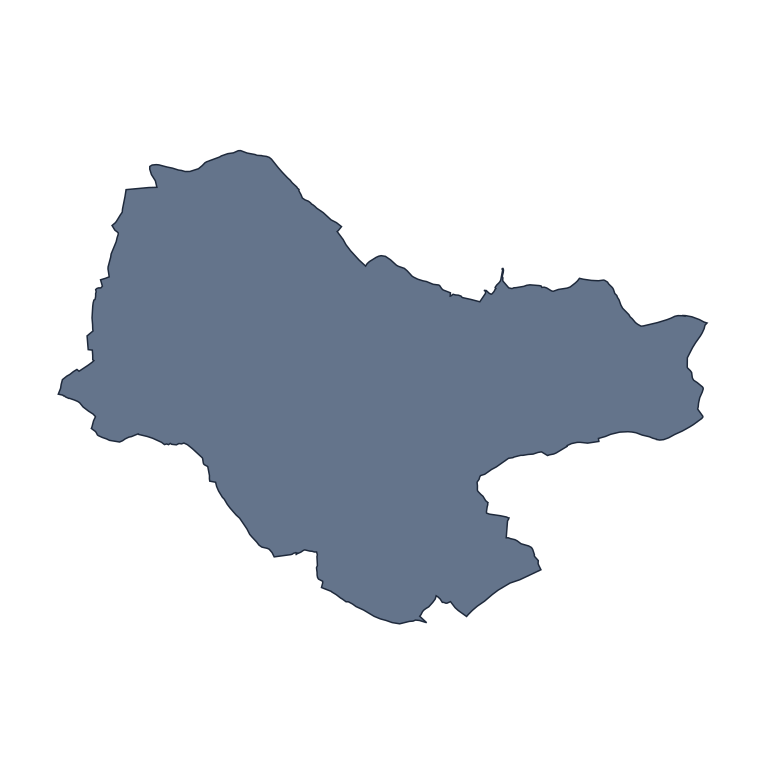 the district of Frata, Cluj, Romania, rotated 177°
{"feature_id": "2599482B89853314027288", "entity_name": "Frata", "entity_type": "district", "adm_level": 2, "iso_a3": "ROU", "parent_name": "Romania", "parent_adm1": "Cluj", "projection": "orthographic", "projection_center": [24.028, 46.701], "detail": "fine", "context": "isolated", "style": "filled", "palette": "slate", "viewbox_px": 768, "rotation_deg": 177, "n_neighbors": 0, "source": "geoboundaries", "source_scale": "gbopen_adm2", "svg_char_len": 6116}
<svg xmlns="http://www.w3.org/2000/svg" viewBox="0 0 768 768"><g transform="rotate(177 384 384)"><path d="M631.4,591.6L632.8,584.9L636.0,572.3L636.4,569.3L638.4,566.7L642.8,560.3L644.0,559.0L647.3,556.5L644.7,551.7L642.3,549.7L641.6,549.0L641.5,548.5L641.7,547.0L642.8,544.3L644.0,540.1L649.7,528.1L650.3,525.0L653.4,515.4L653.6,513.3L652.8,505.4L656.7,504.1L661.6,502.9L660.1,496.4L661.7,494.8L664.2,494.9L665.8,494.4L667.0,493.4L666.6,491.0L667.2,489.6L667.4,486.5L667.8,484.8L668.2,483.5L669.3,483.0L670.2,480.2L670.8,476.9L672.1,465.3L671.9,458.5L672.0,454.1L671.8,452.2L678.0,447.6L677.6,433.8L673.5,433.1L673.4,427.9L673.6,423.5L672.5,422.5L674.2,421.1L678.4,418.3L687.9,412.7L689.9,414.6L693.6,412.6L697.2,410.0L700.3,408.5L704.9,405.2L706.4,400.5L707.2,396.6L709.8,390.9L705.4,389.7L704.5,388.8L703.7,388.8L702.8,387.8L699.5,386.1L699.0,386.2L694.0,384.2L690.6,382.5L688.9,381.2L685.7,376.8L680.3,372.2L676.2,369.3L673.9,366.6L673.9,366.3L676.0,362.4L678.0,356.1L678.6,354.9L674.8,351.8L674.0,350.7L672.9,348.2L672.0,347.4L668.2,345.4L664.0,343.7L661.1,342.1L651.1,339.9L648.1,341.0L645.2,342.8L641.5,344.3L638.9,344.7L632.1,347.1L631.7,346.5L623.2,344.0L617.8,341.9L609.2,337.4L606.4,335.0L604.2,335.5L602.3,334.7L600.6,335.9L599.2,334.9L594.5,334.1L591.9,335.3L589.3,334.8L586.9,335.5L583.5,333.7L578.8,329.5L569.3,319.8L569.0,318.8L568.6,314.7L568.3,313.6L567.5,312.7L564.8,311.1L564.3,310.6L563.1,301.8L563.3,298.4L563.1,296.1L557.3,294.7L556.5,290.4L554.8,285.8L551.3,279.3L549.6,277.4L546.8,272.0L544.0,267.9L538.5,260.9L535.2,257.6L528.5,246.5L526.0,240.9L524.1,238.4L519.4,232.8L517.3,229.7L514.5,227.5L509.2,226.0L507.3,225.0L504.6,221.5L502.7,217.1L485.9,218.5L484.4,218.9L483.4,219.6L480.8,220.3L480.2,219.8L479.5,219.7L480.7,218.7L480.6,218.4L479.5,219.1L475.9,220.4L473.3,222.0L471.9,222.5L466.7,221.0L464.5,220.7L462.4,219.9L460.1,219.8L459.5,216.9L460.0,215.1L460.0,206.1L461.0,204.2L461.0,203.4L460.7,199.4L460.8,196.7L460.5,194.3L459.6,192.6L455.6,190.2L455.6,188.6L457.1,184.0L447.6,179.7L447.1,179.1L442.8,176.2L438.5,172.5L436.7,171.3L433.3,168.5L431.0,168.4L426.9,165.9L423.6,163.2L416.3,159.4L406.0,152.5L399.9,149.6L394.4,147.8L388.3,145.3L380.9,143.7L371.1,145.6L367.4,145.7L364.9,146.6L361.0,146.0L353.9,143.4L360.5,150.2L359.2,151.6L357.5,154.6L356.1,156.1L353.7,157.7L351.0,159.1L346.7,163.4L344.1,166.6L343.0,169.8L341.2,168.5L339.2,166.4L337.2,162.9L335.8,162.8L333.8,161.9L332.6,161.8L329.0,163.2L324.7,156.9L321.7,153.9L313.7,147.5L311.9,149.4L307.6,153.3L302.4,157.3L294.9,161.9L287.0,168.0L280.6,172.3L268.6,178.6L258.7,181.4L237.0,190.3L238.9,194.7L239.5,196.5L239.2,199.6L242.7,204.0L242.9,204.8L242.7,205.5L243.5,208.6L244.2,211.1L245.3,213.0L248.0,214.7L255.5,217.3L259.2,220.4L261.4,221.7L265.9,223.0L267.9,223.9L270.0,224.0L267.8,240.9L266.8,242.2L266.2,243.7L267.2,243.9L268.4,244.7L274.8,246.4L285.4,248.5L288.3,249.7L288.4,250.9L287.4,255.9L286.7,258.0L286.7,259.4L286.3,260.0L288.6,262.2L291.0,266.7L293.0,268.6L295.5,271.5L296.1,272.4L296.3,273.2L296.0,277.5L296.2,280.8L295.9,281.5L294.1,283.7L293.3,286.1L292.4,287.5L288.1,288.6L281.1,293.0L276.2,295.3L263.5,303.3L259.1,303.7L257.8,304.3L251.2,305.6L248.9,305.5L243.8,306.1L238.8,306.2L233.8,307.6L230.3,308.0L224.4,304.0L222.5,304.6L218.2,305.2L215.7,306.1L204.3,312.2L204.4,312.9L199.8,314.7L194.2,315.6L191.2,315.5L183.7,314.3L172.4,315.4L172.7,318.4L165.7,320.0L160.3,321.9L151.2,323.6L142.9,323.6L139.0,323.1L134.8,322.1L128.9,319.5L121.7,317.4L118.4,315.8L114.8,314.6L114.8,314.3L111.6,313.6L107.7,313.8L102.5,315.4L96.3,318.4L88.6,321.4L80.7,325.3L77.1,327.3L68.4,333.0L67.3,334.3L67.3,335.1L72.1,342.6L71.4,344.8L70.9,348.4L69.4,353.8L66.6,359.3L65.5,362.3L65.5,363.3L66.1,364.4L71.1,369.0L74.5,371.5L75.5,373.3L75.8,374.4L76.2,379.4L77.4,381.3L79.9,384.0L80.3,384.9L79.7,394.3L73.9,404.3L70.7,408.9L65.4,415.6L63.5,418.5L61.4,422.5L60.4,425.9L58.2,428.0L61.3,429.2L65.6,431.8L73.0,435.0L79.2,436.5L80.2,436.6L79.5,436.1L79.7,435.9L82.0,436.5L86.8,436.9L90.0,436.4L93.8,434.8L98.1,433.4L107.7,431.0L122.1,428.4L124.3,428.3L127.6,430.4L129.7,432.2L132.7,436.2L134.7,438.2L135.8,440.4L141.7,447.1L143.3,450.4L144.9,455.8L146.3,458.2L146.9,460.2L148.8,462.3L149.9,466.4L150.5,467.7L151.4,468.9L154.2,471.9L155.5,474.1L158.3,476.0L159.3,476.3L164.5,475.9L171.4,476.6L179.4,478.2L183.3,479.3L185.3,476.9L187.5,475.0L192.9,471.2L196.0,470.2L204.9,469.3L210.3,467.7L212.0,468.3L216.5,471.4L218.9,472.3L221.3,472.2L222.0,473.7L224.0,474.2L233.1,475.4L236.4,475.1L239.2,474.2L247.1,473.3L249.2,473.3L250.8,472.7L251.7,472.7L254.4,473.5L259.8,480.5L260.0,481.7L259.7,483.8L260.1,484.6L260.2,485.5L259.1,489.1L258.7,491.5L259.0,492.9L259.2,493.2L259.8,493.1L260.1,492.6L259.6,492.1L259.6,491.4L261.9,482.0L262.6,480.5L263.7,479.2L266.3,476.9L267.8,474.9L268.0,474.4L267.3,473.4L268.1,472.7L269.2,470.7L271.0,468.8L271.9,468.1L272.4,468.1L274.2,469.1L277.0,472.0L279.3,472.3L277.6,471.1L278.0,469.1L284.0,461.1L292.8,463.9L300.8,466.1L301.7,466.6L302.4,467.7L305.0,468.8L308.0,469.2L310.3,470.0L312.5,468.5L313.3,468.3L312.9,471.6L320.0,474.8L321.4,476.2L323.3,479.4L324.2,480.0L329.7,481.0L336.2,484.1L339.7,485.0L344.8,486.9L348.9,489.2L350.3,490.2L354.9,495.8L357.6,498.4L363.5,500.8L365.3,501.9L370.9,507.6L375.9,511.4L380.1,512.3L382.6,511.9L385.2,510.9L392.2,507.0L394.5,505.1L396.2,502.7L402.5,509.2L410.4,518.8L414.7,525.1L417.2,530.3L422.8,538.7L421.5,539.7L418.2,543.4L423.0,547.6L428.3,550.7L435.7,558.3L442.0,563.1L443.7,565.0L446.0,567.0L446.9,567.4L447.8,568.7L449.9,570.5L453.2,572.0L455.8,574.0L456.9,577.2L458.6,580.8L458.9,581.9L458.7,582.7L460.2,584.1L460.7,585.2L465.2,589.8L467.1,592.5L469.7,595.1L474.7,601.0L478.4,605.7L484.6,614.4L486.7,616.3L489.3,617.4L493.6,618.2L494.2,618.5L498.9,619.0L500.7,619.9L508.6,621.8L515.0,624.6L517.4,624.6L522.3,622.7L528.0,622.2L534.5,620.3L536.3,619.3L549.2,615.3L551.1,614.4L554.1,611.6L558.0,608.7L566.7,606.4L571.5,606.6L575.2,607.9L578.0,608.4L583.8,610.6L589.5,612.1L597.3,614.6L600.0,615.0L604.1,614.8L606.5,613.5L606.7,610.8L605.3,605.3L601.7,598.9L600.5,592.3L608.5,592.5L631.4,591.6Z" fill="#64748b" stroke="#1e293b" stroke-width="1.5"/></g></svg>